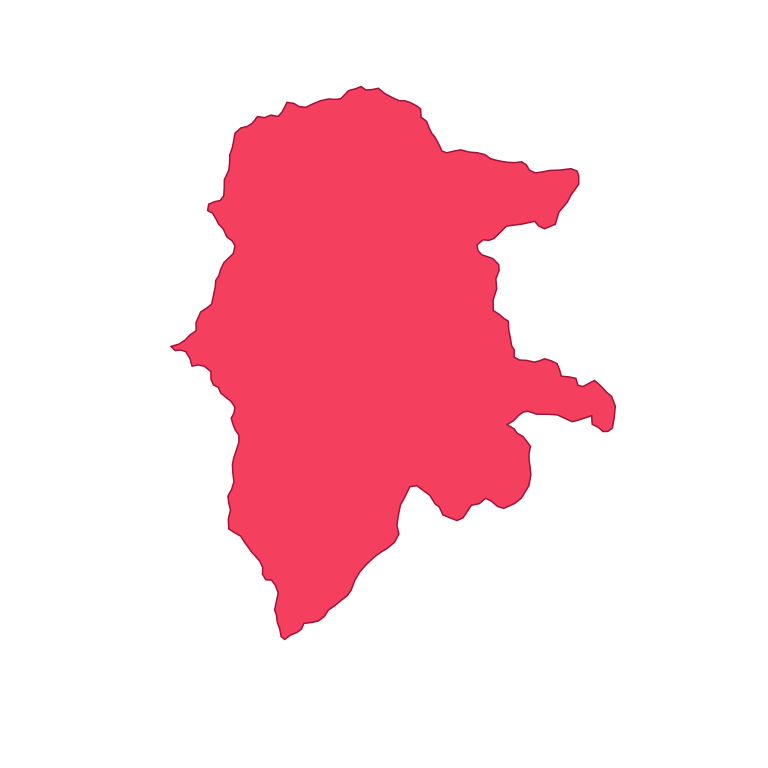 the district of Andradas, Minas Gerais, Brazil, rotated 201°
{"feature_id": "56859067B4264930314137", "entity_name": "Andradas", "entity_type": "district", "adm_level": 2, "iso_a3": "BRA", "parent_name": "Brazil", "parent_adm1": "Minas Gerais", "projection": "equal_earth", "projection_center": [-46.567, -22.057], "detail": "fine", "context": "isolated", "style": "filled", "palette": "rose", "viewbox_px": 768, "rotation_deg": 201, "n_neighbors": 0, "source": "geoboundaries", "source_scale": "gbopen_adm2", "svg_char_len": 3399}
<svg xmlns="http://www.w3.org/2000/svg" viewBox="0 0 768 768"><g transform="rotate(201 384 384)"><path d="M448.4,653.9L453.0,655.3L460.5,656.2L465.9,655.9L471.8,653.9L480.2,654.5L487.8,655.5L495.1,658.1L500.9,654.5L506.3,652.0L511.9,653.5L516.4,649.4L522.3,645.1L526.6,634.7L532.7,631.8L537.6,630.4L544.5,625.9L551.2,619.7L556.1,614.3L562.9,612.6L568.8,613.7L575.5,612.2L576.5,602.0L578.7,595.9L586.0,594.5L590.9,589.9L598.0,588.3L600.4,580.2L604.1,575.3L609.4,571.8L613.0,564.9L611.6,557.7L610.3,550.2L610.1,542.4L607.5,535.5L605.5,527.9L606.3,517.6L603.3,509.4L601.1,502.5L602.6,496.6L607.2,493.7L612.1,489.1L610.8,482.7L605.1,482.0L599.5,477.4L595.6,473.9L589.7,471.2L583.4,465.0L576.8,463.1L572.5,459.4L571.5,451.6L574.2,446.0L577.0,439.8L577.6,432.4L577.0,426.0L578.2,420.2L576.4,414.4L574.9,405.2L573.6,396.8L576.8,391.3L581.0,385.4L581.5,374.0L578.5,366.5L582.6,360.4L585.6,353.4L589.6,347.9L596.4,342.7L590.8,340.4L586.0,342.9L580.7,343.1L574.2,338.1L569.6,331.9L564.2,335.2L558.1,336.2L550.1,333.5L547.2,326.4L543.0,322.1L537.4,321.4L533.3,317.1L526.2,314.6L520.9,313.1L515.0,309.1L513.6,303.1L514.4,297.3L510.4,292.1L506.6,287.9L501.2,284.3L498.6,277.4L498.1,267.9L497.8,261.0L496.6,254.3L493.4,247.1L489.1,238.9L488.5,230.8L489.5,223.3L486.1,217.0L482.2,211.4L481.0,202.4L477.1,193.1L470.1,191.6L463.2,190.6L457.9,186.6L452.0,182.8L447.2,179.5L441.1,176.6L436.0,173.7L431.4,169.0L429.4,163.1L424.3,158.9L418.7,160.6L413.1,157.0L407.8,150.8L406.6,142.5L405.1,133.9L401.7,129.9L398.5,123.7L393.4,117.7L389.5,111.3L385.2,109.9L381.5,115.8L376.1,121.0L373.2,125.6L373.0,131.8L366.1,135.4L360.5,139.1L356.4,145.6L354.9,153.1L351.0,158.7L346.2,167.1L342.6,173.0L340.8,179.8L340.9,190.3L339.2,200.0L336.5,207.5L333.5,214.1L329.9,221.0L326.5,226.1L322.3,231.4L317.5,239.9L316.3,249.3L321.2,256.5L323.3,265.4L325.3,276.8L324.0,286.2L323.1,297.3L317.0,300.8L301.2,296.4L293.1,290.2L288.5,289.1L282.0,282.9L274.4,282.7L266.9,282.7L262.2,287.5L258.9,302.2L252.2,306.4L248.2,313.7L241.8,313.1L234.0,310.4L227.7,310.8L219.0,319.5L214.8,326.9L212.3,341.0L214.3,351.8L217.7,358.6L221.3,364.9L223.6,370.8L224.9,378.3L235.3,384.8L242.1,385.8L246.5,388.7L254.5,390.2L249.9,396.2L247.1,402.9L244.0,407.7L239.8,410.2L230.9,410.5L218.5,415.0L210.9,417.3L194.9,416.2L190.3,419.4L178.8,428.8L175.2,421.0L167.9,420.2L162.6,418.1L158.0,420.0L155.0,424.6L157.0,435.0L160.1,446.2L167.0,453.9L173.0,456.0L177.9,458.5L183.7,461.0L188.8,462.7L193.4,457.5L197.4,452.9L202.5,452.3L206.9,458.1L213.9,456.9L221.2,454.9L225.4,460.4L229.7,465.0L235.8,465.6L243.1,465.1L247.3,461.2L251.6,458.3L259.1,457.2L266.2,454.9L272.1,455.8L274.6,462.4L278.5,465.4L282.7,472.6L286.6,478.7L290.5,487.2L295.9,488.3L301.0,490.2L308.3,491.8L312.2,501.6L312.9,513.3L317.2,522.1L317.2,531.2L319.7,536.6L327.4,540.1L339.1,539.7L344.2,542.4L347.0,547.2L343.1,554.1L337.4,555.8L333.5,559.3L326.2,575.3L312.4,582.8L301.5,589.9L296.4,587.0L289.8,586.4L281.3,594.5L282.3,607.2L278.1,619.3L277.1,627.6L273.8,640.3L276.7,648.0L280.1,652.0L286.6,652.0L291.7,649.3L296.4,646.8L301.0,644.8L306.1,642.6L312.5,638.6L318.3,635.3L324.8,635.7L329.7,639.6L335.0,640.8L341.1,637.6L347.9,635.3L354.0,634.0L359.9,633.0L365.5,632.6L372.0,634.3L379.5,633.4L387.3,631.1L396.3,630.1L402.2,626.5L408.2,622.4L413.3,622.2L419.4,628.1L425.0,632.8L429.4,635.3L433.3,638.9L438.4,644.5L445.0,646.4L448.4,653.9Z" fill="#f43f5e" stroke="#9f1239" stroke-width="1.5"/></g></svg>